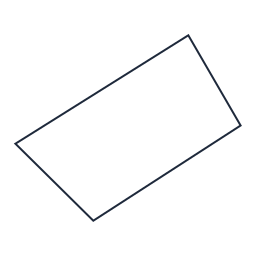 outline of Akhmim City, Suhaj, Egypt
{"feature_id": "37247803B43234746614791", "entity_name": "Akhmim City", "entity_type": "district", "adm_level": 2, "iso_a3": "EGY", "parent_name": "Egypt", "parent_adm1": "Suhaj", "projection": "mercator", "projection_center": [31.873, 26.525], "detail": "fine", "context": "isolated", "style": "outline", "palette": "slate", "viewbox_px": 256, "rotation_deg": 0, "n_neighbors": 0, "source": "geoboundaries", "source_scale": "gbopen_adm2", "svg_char_len": 184}
<svg xmlns="http://www.w3.org/2000/svg" viewBox="0 0 256 256"><path d="M240.6,125.5L188.3,35.3L15.4,143.7L93.3,220.7L240.6,125.5Z" fill="none" stroke="#1e293b" stroke-width="2"/></svg>